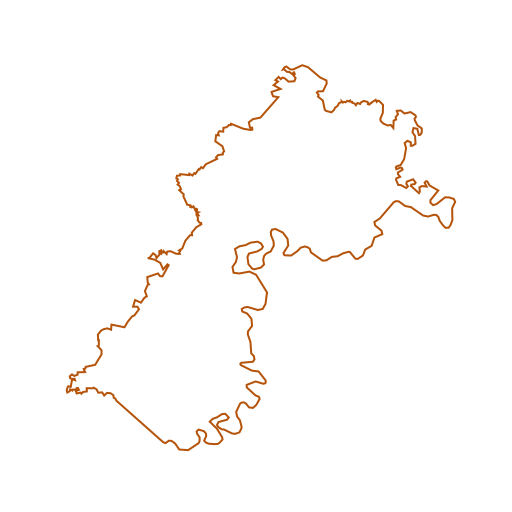 Platón Sánchez, Veracruz, Mexico (Robinson projection), rotated 83°
{"feature_id": "50627088B47850104568837", "entity_name": "Platón Sánchez", "entity_type": "district", "adm_level": 2, "iso_a3": "MEX", "parent_name": "Mexico", "parent_adm1": "Veracruz", "projection": "robinson", "projection_center": [-98.391, 21.297], "detail": "fine", "context": "isolated", "style": "outline", "palette": "amber", "viewbox_px": 512, "rotation_deg": 83, "n_neighbors": 0, "source": "geoboundaries", "source_scale": "gbopen_adm2", "svg_char_len": 6068}
<svg xmlns="http://www.w3.org/2000/svg" viewBox="0 0 512 512"><g transform="rotate(83 256 256)"><path d="M369.9,444.1L369.8,440.4L366.6,440.2L367.4,433.9L366.9,433.3L368.8,430.6L372.5,429.2L372.6,425.3L376.0,423.7L373.7,420.6L374.4,417.2L376.8,414.5L379.4,414.5L380.3,413.0L382.6,412.2L429.4,370.9L430.7,368.6L428.7,365.0L429.2,362.4L432.2,359.1L438.7,355.8L440.4,347.0L434.8,335.8L432.7,334.5L429.1,334.1L425.3,336.1L422.9,336.3L421.3,334.2L423.5,329.0L426.2,327.3L428.5,327.3L433.0,330.0L435.2,328.3L436.6,325.6L437.7,320.0L437.8,316.6L437.0,315.1L434.1,311.6L431.8,311.7L422.8,315.7L414.8,322.1L412.3,318.7L411.4,314.4L408.8,309.1L408.9,305.7L413.0,302.7L415.0,304.8L416.2,313.5L419.1,315.4L421.3,314.1L423.9,311.1L424.2,309.1L429.2,301.4L430.0,298.3L429.0,293.9L425.0,291.3L422.9,291.2L417.1,292.0L413.1,294.3L408.4,294.7L400.9,290.0L399.8,288.5L399.8,285.8L401.1,284.0L405.4,281.4L406.4,277.5L403.8,273.8L398.3,269.8L396.1,270.3L394.3,273.5L385.3,281.2L382.8,281.0L380.5,271.6L383.7,264.3L383.4,262.2L381.9,261.6L380.5,261.7L370.9,267.5L369.3,274.0L362.4,284.4L361.1,284.7L360.2,283.7L360.6,272.0L358.4,270.1L355.1,270.3L352.0,272.6L340.7,272.0L332.6,273.7L329.8,273.1L324.9,268.4L317.6,268.2L312.0,271.8L309.4,276.4L306.9,276.6L305.6,273.7L305.6,270.5L309.8,260.8L309.4,255.8L304.7,252.4L293.5,249.5L274.6,258.2L270.7,264.4L271.3,274.9L269.9,280.3L264.0,280.7L259.5,276.7L255.0,275.0L246.5,276.0L244.4,271.4L243.9,264.9L242.1,259.9L242.0,252.6L244.1,249.5L247.6,248.0L249.5,249.3L251.6,254.1L252.7,262.7L256.0,264.6L263.3,264.5L268.0,261.4L269.0,259.5L268.1,252.5L265.4,249.1L260.4,249.3L256.9,247.9L254.9,245.6L253.3,240.9L247.9,237.1L243.7,236.8L237.5,238.5L234.1,238.4L231.7,236.8L231.6,233.2L236.1,226.4L242.9,222.6L249.5,222.7L256.3,228.3L258.4,227.9L258.9,227.0L259.8,221.1L256.3,214.5L253.2,210.6L252.5,206.3L254.0,203.1L255.6,201.6L259.0,201.1L268.7,190.5L268.9,186.7L266.1,180.7L266.2,175.1L263.9,169.1L263.1,163.4L263.5,162.3L270.8,157.7L271.3,155.4L268.5,149.8L262.9,146.8L260.0,140.0L252.1,136.2L249.7,128.0L246.1,128.4L240.2,134.0L236.7,134.4L233.9,128.6L219.4,112.7L218.6,110.4L219.2,107.6L224.6,101.8L226.3,96.4L236.2,85.2L237.8,80.5L236.8,74.5L237.2,72.1L239.3,70.3L243.4,69.4L248.6,66.5L251.1,64.5L251.4,61.4L249.1,59.2L244.3,56.7L232.5,55.5L226.5,51.7L223.5,52.7L221.4,57.2L220.8,61.2L226.5,70.5L227.1,74.0L224.3,76.4L221.9,76.1L213.2,67.1L207.1,75.2L202.8,76.9L202.6,78.4L203.8,79.7L207.9,78.2L206.8,82.8L207.9,85.5L212.0,85.5L213.5,86.6L205.3,93.7L204.1,93.2L203.9,89.7L202.7,88.6L199.0,90.7L200.6,97.3L202.8,98.0L205.3,96.7L206.8,98.6L203.3,103.5L202.8,106.2L197.5,107.7L196.1,107.4L195.0,103.3L191.9,105.2L190.4,104.9L188.2,100.0L186.6,100.3L185.8,101.7L187.0,106.1L185.2,106.4L184.2,105.7L183.3,101.3L177.8,97.1L167.3,93.9L162.1,94.7L160.1,91.6L162.1,88.5L165.4,88.9L165.6,87.2L164.1,84.0L156.4,83.5L152.2,85.6L148.2,84.1L149.4,80.4L155.8,79.6L155.7,78.1L153.8,76.5L149.6,75.9L146.2,79.7L140.5,81.9L139.1,81.9L137.5,80.3L135.8,80.6L132.0,85.0L132.7,91.2L129.2,94.6L129.1,98.6L132.6,97.8L135.2,100.5L137.6,100.3L138.4,102.9L145.7,104.1L142.3,106.3L142.5,109.4L140.1,113.4L137.2,115.8L135.0,115.9L129.4,112.7L121.5,111.5L117.2,114.8L116.7,116.0L117.8,117.4L115.6,118.2L117.7,122.6L118.5,122.1L118.1,122.8L119.5,125.3L118.8,126.5L117.6,125.9L116.6,126.6L115.2,130.2L116.6,133.5L117.8,134.1L116.5,136.7L118.5,138.5L116.8,139.4L115.6,141.8L114.7,141.8L114.1,144.1L113.3,143.9L113.8,145.2L113.1,146.5L114.4,148.4L113.7,149.8L114.3,151.1L112.9,152.1L113.7,152.1L114.2,154.8L117.2,157.0L118.4,159.4L120.6,160.8L122.6,163.6L120.5,168.8L119.3,169.9L109.8,170.7L105.3,175.1L103.6,174.2L101.2,175.7L100.2,174.7L100.6,169.4L93.4,164.8L90.3,164.7L86.7,170.5L74.9,181.4L72.3,186.8L75.4,196.5L75.0,199.3L71.6,202.8L72.2,204.8L74.2,206.5L74.0,205.3L76.9,203.0L77.5,200.4L79.7,198.0L78.3,195.9L80.2,195.3L81.3,196.8L84.2,195.0L87.2,196.6L86.9,202.5L83.4,205.5L82.1,208.0L83.5,209.8L81.0,211.7L83.8,215.3L85.5,212.9L88.6,217.7L93.2,211.3L95.0,220.5L95.8,220.5L99.5,219.6L101.1,214.5L119.2,234.8L119.8,242.4L122.4,246.8L127.4,246.4L128.1,246.1L128.1,244.2L130.1,244.2L130.3,245.9L128.1,253.2L121.7,264.7L123.0,265.1L122.7,266.9L124.6,269.4L124.8,272.7L128.6,273.4L127.6,277.2L129.7,278.8L131.7,278.3L131.1,280.8L137.2,282.4L142.9,276.0L148.2,274.9L149.4,276.3L151.1,276.5L151.2,281.3L153.2,283.7L154.8,282.7L158.8,294.6L162.4,298.0L161.1,299.6L163.2,301.5L162.7,302.2L167.1,306.1L166.2,307.2L168.4,309.2L166.2,312.1L167.6,312.4L165.5,321.2L166.8,321.5L166.7,324.7L169.2,325.6L170.3,324.2L171.9,325.3L174.0,323.5L175.6,325.1L177.1,323.3L180.6,322.3L181.3,324.2L186.0,320.2L188.0,320.8L196.7,318.0L197.7,314.9L199.2,315.2L199.1,314.0L199.9,313.7L199.1,312.0L203.1,310.7L201.8,309.7L202.5,308.7L205.1,309.6L205.6,308.0L206.3,309.9L207.3,310.0L206.9,308.9L208.7,308.0L208.6,309.6L212.0,308.9L213.1,309.6L216.0,308.0L216.6,306.4L217.9,306.4L220.1,311.7L225.0,316.9L227.6,316.9L227.3,318.9L232.3,324.3L239.6,328.3L241.0,331.5L241.6,330.5L243.3,331.8L244.6,331.4L244.0,335.1L240.9,340.0L240.8,343.6L243.2,344.5L239.8,347.2L241.1,347.7L240.8,348.5L241.7,349.3L238.8,349.5L239.4,351.4L241.5,351.6L241.9,350.7L245.9,355.0L242.8,355.6L240.8,357.8L245.1,362.2L244.8,363.8L247.3,357.0L251.1,351.9L258.0,349.8L253.5,344.9L254.5,343.8L264.8,351.3L264.3,353.7L261.4,355.4L263.7,366.5L269.3,366.7L271.0,365.8L271.0,366.7L277.2,370.5L282.7,369.3L283.9,371.9L288.3,375.9L285.0,381.4L291.3,384.2L291.9,379.8L294.7,378.7L300.2,384.0L300.8,386.3L305.5,391.2L310.7,395.2L306.5,407.8L311.5,408.8L309.7,412.4L310.1,416.3L311.2,418.9L314.7,422.5L320.4,422.9L320.5,422.2L326.5,423.1L326.4,423.9L330.7,420.8L334.8,421.3L344.4,428.9L345.3,438.6L346.8,439.1L347.2,440.8L350.4,439.8L349.7,447.2L352.1,447.6L352.9,451.0L351.1,453.1L352.7,455.5L354.6,455.3L355.6,453.8L355.8,451.0L357.2,450.8L356.4,452.1L356.6,453.7L363.4,455.9L362.4,458.1L363.0,458.8L366.2,460.3L368.5,459.9L367.4,457.3L365.8,456.7L367.2,454.6L366.3,454.1L366.7,449.8L365.3,450.0L365.3,448.8L367.3,448.1L368.0,451.3L370.6,450.7L370.2,446.7L371.4,446.1L369.9,444.1Z" fill="none" stroke="#b45309" stroke-width="2"/></g></svg>